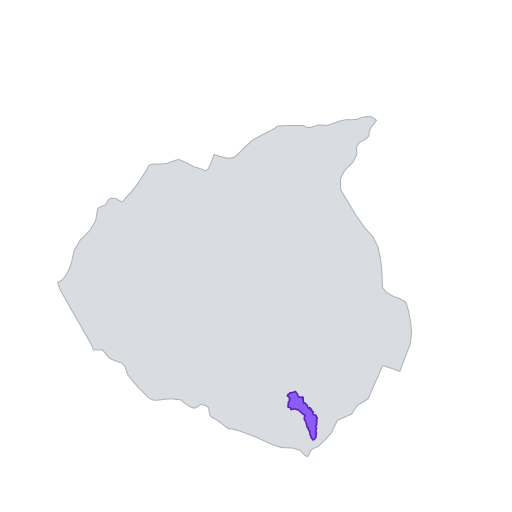 Uzumba Maramba Pfungwe, Mashonaland East, Zimbabwe (highlighted), rotated 111°
{"feature_id": "62879985B20819792882543", "entity_name": "Uzumba Maramba Pfungwe", "entity_type": "district", "adm_level": 2, "iso_a3": "ZWE", "parent_name": "Zimbabwe", "parent_adm1": "Mashonaland East", "projection": "natural_earth1", "projection_center": [32.048, -17.097], "detail": "fine", "context": "in_parent", "style": "filled", "palette": "violet", "viewbox_px": 512, "rotation_deg": 111, "n_neighbors": 0, "source": "geoboundaries", "source_scale": "gbopen_adm2", "svg_char_len": 7239}
<svg xmlns="http://www.w3.org/2000/svg" viewBox="0 0 512 512"><g transform="rotate(111 256 256)"><path d="M352.0,431.6L348.1,428.6L342.7,426.7L335.8,425.8L326.9,426.1L315.9,427.8L304.1,425.8L291.5,420.2L281.0,418.3L268.6,420.7L268.0,420.7L265.9,418.9L262.4,414.8L256.7,414.1L255.2,413.1L253.9,411.6L253.1,409.7L252.7,407.5L253.6,400.8L253.1,400.1L251.6,399.3L248.5,398.5L240.9,395.4L231.5,392.5L216.1,389.3L210.2,388.4L208.8,387.5L207.1,385.0L204.1,377.3L201.3,372.2L194.6,364.4L193.5,362.0L193.8,355.8L194.3,350.8L195.0,346.5L194.6,342.5L194.5,337.6L194.7,334.3L193.8,332.8L191.4,331.8L184.5,331.3L176.3,331.5L176.0,326.5L175.1,318.7L173.5,314.2L171.6,311.9L167.8,309.5L160.1,306.2L149.6,301.1L140.6,293.6L130.3,284.3L127.0,282.7L123.2,273.9L117.3,259.0L117.6,254.0L116.7,251.5L111.0,244.2L109.8,240.3L108.7,236.5L99.7,225.7L96.6,221.0L94.3,215.0L91.9,210.1L89.9,208.2L87.4,204.9L85.6,201.2L84.7,198.4L85.3,194.6L86.2,192.1L94.7,194.7L99.4,195.0L103.0,193.6L107.5,195.4L112.9,200.3L118.7,201.2L125.0,198.2L133.6,199.1L144.4,203.9L153.3,204.9L163.9,200.6L173.2,188.7L182.1,177.4L190.8,164.5L196.0,154.0L203.7,145.5L213.8,138.9L224.2,133.4L240.1,126.6L243.3,121.0L244.3,114.8L244.3,106.3L245.1,100.8L246.7,98.3L249.4,96.4L252.8,93.8L263.3,87.4L272.1,83.2L282.7,80.5L294.5,80.5L305.8,80.5L312.2,80.4L312.3,88.6L312.8,97.8L314.1,98.7L322.6,98.9L336.2,99.6L349.4,100.2L357.7,106.9L360.6,108.3L369.3,110.1L380.4,121.2L393.8,122.2L403.0,125.7L411.2,129.5L415.8,134.1L418.8,135.2L422.9,135.5L424.9,135.9L424.5,139.2L421.7,144.8L422.1,152.8L425.8,163.9L426.3,173.6L425.1,190.6L425.2,207.1L425.6,213.0L426.2,216.9L426.9,219.0L426.8,221.4L424.6,228.4L422.8,235.6L422.7,238.6L422.0,240.6L420.7,242.4L414.8,245.8L413.8,247.9L413.9,251.6L414.6,254.8L416.8,256.0L419.4,257.8L420.4,260.1L420.4,262.6L419.6,267.3L417.3,274.9L419.6,283.7L422.2,289.4L425.8,296.0L427.3,300.1L427.2,303.0L426.7,305.9L421.2,318.0L417.3,325.5L412.6,333.5L406.3,338.5L404.7,341.0L404.0,343.7L404.3,349.8L404.0,356.1L398.6,365.7L401.9,374.1L401.2,374.9L399.3,376.1L391.6,385.4L383.8,394.9L378.1,401.9L371.7,409.8L364.4,418.6L358.2,426.2L352.0,431.6Z" fill="#d9dde1" stroke="#a8b0b8" stroke-width="1"/><path d="M383.4,142.7L383.2,143.0L383.2,143.3L383.2,143.7L383.2,144.4L383.3,144.6L383.5,144.9L383.5,145.1L383.3,145.7L383.3,145.9L383.2,146.2L382.9,146.3L382.4,146.6L382.2,146.8L381.9,146.8L381.7,146.7L381.4,146.5L381.1,146.6L380.9,146.8L380.7,147.5L380.7,148.1L380.5,148.4L380.6,148.6L380.4,148.7L380.4,148.8L380.2,148.8L380.1,149.0L379.8,149.0L379.3,149.3L379.1,149.4L379.1,149.5L379.3,149.6L379.3,149.9L379.2,150.2L379.2,150.7L379.3,150.8L379.2,150.9L379.0,151.0L378.7,150.9L378.4,151.0L378.5,151.2L378.5,151.4L378.5,151.5L378.3,151.7L378.3,151.8L378.6,152.0L378.9,151.9L379.0,152.0L379.2,152.5L379.1,152.8L379.1,153.0L378.5,153.6L378.2,153.9L378.1,154.0L377.8,154.2L377.6,154.5L377.4,154.4L377.2,154.5L376.7,155.0L376.6,155.3L376.7,155.5L376.5,156.0L376.4,156.2L376.0,157.0L375.7,157.2L375.8,157.7L375.7,157.9L375.8,158.1L376.1,158.3L376.2,158.5L376.4,158.6L376.2,158.8L375.8,159.1L375.7,159.1L374.8,159.6L374.5,159.8L374.2,160.1L373.8,160.1L373.6,160.4L373.5,160.5L373.4,160.5L373.0,160.4L372.7,160.5L372.6,161.0L372.4,161.1L372.1,161.2L371.8,161.0L371.6,161.0L371.3,161.1L371.1,161.3L371.0,161.6L370.9,161.9L370.9,162.1L371.1,162.4L371.4,162.8L371.5,162.9L371.7,163.1L371.8,163.7L371.9,163.9L372.0,164.3L372.0,164.5L372.0,164.8L372.2,165.2L372.3,165.3L372.2,165.6L372.1,165.8L371.8,166.2L371.5,166.6L371.0,167.1L370.8,167.2L370.6,167.6L370.2,167.9L370.0,168.0L369.9,168.3L369.7,168.5L369.4,168.8L369.4,169.0L369.2,169.3L369.1,169.5L368.9,169.8L368.7,169.9L368.6,170.2L368.5,170.4L368.4,170.7L368.4,170.8L368.7,171.0L368.9,171.3L369.1,171.5L369.3,171.8L369.5,171.9L369.6,172.0L369.8,172.2L369.9,172.3L369.9,172.5L370.0,172.7L370.3,173.0L370.6,173.3L371.1,174.3L371.2,174.6L371.3,174.9L371.5,174.7L371.8,174.8L372.0,174.9L372.0,175.2L372.1,175.4L372.4,175.4L372.5,175.5L372.9,175.9L373.3,176.1L373.8,176.6L374.0,176.7L374.3,176.5L374.4,176.3L374.9,176.4L375.0,176.4L375.4,176.4L375.6,176.4L375.4,175.7L376.6,173.3L376.8,173.7L377.3,173.7L377.6,173.7L378.4,173.2L378.5,173.2L378.8,173.1L379.0,173.0L379.0,172.9L379.3,172.9L379.5,173.0L379.8,173.1L380.0,173.0L380.5,173.1L380.7,173.3L380.8,173.3L381.2,173.3L381.3,173.2L381.4,173.3L381.7,173.4L382.0,173.2L382.4,172.7L382.5,172.7L382.8,172.5L382.9,172.4L383.0,172.4L383.2,172.5L383.3,172.6L383.6,172.5L383.9,172.6L384.1,172.6L384.4,172.4L384.5,172.4L384.8,172.3L384.9,172.1L385.0,172.1L385.6,171.9L385.6,171.6L385.5,171.4L385.5,171.2L385.5,170.5L385.4,170.4L385.2,170.2L385.2,169.6L385.5,169.1L385.9,168.7L386.0,168.7L386.1,168.8L386.2,168.7L386.3,168.8L386.7,168.5L386.8,168.3L386.8,168.2L386.7,167.8L386.2,167.1L386.0,166.8L385.9,166.8L385.8,166.6L385.7,166.2L385.3,165.7L384.8,165.1L384.8,164.7L384.8,164.4L384.7,164.1L384.7,163.9L384.7,163.7L384.8,163.5L384.9,163.4L384.9,163.1L384.9,162.9L384.5,162.6L384.4,162.3L384.4,162.1L384.6,161.2L384.7,160.7L384.9,160.4L385.1,159.8L385.3,159.2L385.5,158.9L385.7,158.4L385.7,158.1L386.1,157.2L386.4,156.8L386.4,156.5L386.5,156.3L386.5,156.0L386.7,155.6L386.8,155.6L387.0,155.4L386.9,155.2L386.8,154.8L386.9,154.5L387.0,154.0L387.1,153.1L387.3,152.9L387.5,152.9L387.9,152.9L388.4,153.0L388.4,152.9L388.5,152.9L388.8,153.0L389.4,153.0L389.5,153.0L389.8,153.0L390.1,152.9L390.3,152.7L390.7,152.6L390.9,152.5L391.0,152.3L391.4,152.2L391.7,151.7L391.9,151.5L392.4,150.8L392.7,150.6L392.9,150.4L393.0,150.1L393.6,149.7L393.8,149.4L394.0,149.3L394.3,149.2L394.5,149.0L394.4,148.9L394.6,148.6L395.0,148.5L395.4,148.3L395.9,148.1L396.1,148.0L396.3,147.7L396.6,147.5L397.1,147.4L397.3,147.3L397.4,147.2L397.4,146.9L397.7,146.5L397.7,146.2L397.8,146.0L397.9,145.8L397.9,145.7L398.0,145.8L398.1,145.7L398.3,145.4L398.7,145.5L398.9,145.3L399.0,145.2L398.9,145.0L399.2,144.8L399.2,144.7L399.5,144.5L399.6,144.2L399.8,144.1L400.0,144.1L400.2,143.9L400.3,143.7L400.4,143.0L400.6,142.8L400.8,142.9L401.2,142.6L401.3,142.5L401.6,142.5L402.2,142.2L402.6,142.0L402.9,141.8L403.1,141.8L403.6,141.4L403.8,141.1L404.1,140.7L404.4,140.5L404.7,140.1L405.2,139.9L405.6,139.5L406.0,139.3L406.1,139.2L406.3,138.9L406.4,138.6L406.5,138.4L406.6,138.2L406.7,137.7L406.9,137.4L407.3,136.8L407.4,136.7L407.2,136.5L407.1,136.4L406.6,136.4L406.4,136.3L405.9,135.7L405.6,135.5L405.2,135.4L404.9,135.5L404.6,135.5L404.4,135.2L404.2,135.3L403.9,135.4L403.5,135.1L403.2,135.2L402.8,135.4L402.6,135.6L402.3,135.5L401.9,135.5L401.6,135.6L401.3,135.9L401.1,136.0L400.9,135.9L400.6,135.9L400.5,136.0L400.3,136.3L399.5,136.1L399.4,136.2L399.0,136.7L398.8,136.7L398.7,136.8L398.1,137.5L397.8,137.5L397.5,137.6L397.0,137.5L396.2,137.7L395.9,137.7L395.6,137.8L395.1,137.7L395.1,137.8L394.5,138.6L394.4,138.8L394.2,138.9L394.0,139.0L393.4,139.1L393.3,139.4L393.2,139.6L392.9,139.4L392.6,139.0L392.1,138.8L391.9,138.8L391.1,139.1L390.9,139.3L390.3,139.4L390.1,139.5L389.9,139.9L389.5,139.9L389.2,140.0L388.9,139.9L388.6,139.9L387.9,140.2L387.7,140.5L387.7,140.8L387.4,140.8L387.2,141.0L386.8,140.8L386.5,140.6L386.3,140.6L385.9,140.7L385.6,140.7L385.4,140.7L385.0,140.9L384.9,141.1L384.9,141.6L384.9,141.8L384.6,142.0L384.4,142.2L384.1,142.3L383.6,142.6L383.4,142.7Z" fill="#8b5cf6" stroke="#5b21b6" stroke-width="1.5"/></g></svg>